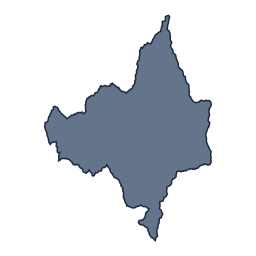 Cutervo, Cajamarca, Peru
{"feature_id": "86281439B9641917532645", "entity_name": "Cutervo", "entity_type": "district", "adm_level": 2, "iso_a3": "PER", "parent_name": "Peru", "parent_adm1": "Cajamarca", "projection": "equal_earth", "projection_center": [-78.851, -6.166], "detail": "fine", "context": "isolated", "style": "filled", "palette": "slate", "viewbox_px": 256, "rotation_deg": 0, "n_neighbors": 0, "source": "geoboundaries", "source_scale": "gbopen_adm2", "svg_char_len": 5799}
<svg xmlns="http://www.w3.org/2000/svg" viewBox="0 0 256 256"><path d="M211.3,104.5L210.8,102.2L209.4,100.5L207.6,101.0L206.9,100.5L206.0,100.3L204.4,101.0L200.9,100.3L200.1,100.8L199.2,102.0L195.7,102.6L194.4,102.3L193.3,101.5L191.1,98.7L190.6,96.9L189.4,96.1L189.2,95.2L189.1,93.2L189.4,91.7L189.0,89.9L189.0,87.3L188.6,84.4L187.0,83.2L186.1,81.7L185.4,78.8L185.4,76.8L185.0,76.3L183.6,76.1L182.9,72.0L182.5,70.7L181.9,70.1L181.1,70.0L180.6,68.7L179.5,68.3L178.4,66.5L178.2,63.3L176.2,58.2L175.6,55.0L174.9,54.3L173.2,53.1L173.0,51.0L172.4,49.3L170.6,46.9L170.6,45.3L171.7,42.7L171.6,42.0L170.6,40.5L170.1,38.8L170.4,36.4L170.1,35.4L169.9,32.9L169.2,31.3L168.3,30.3L167.1,29.7L167.9,24.2L168.4,23.0L168.8,19.3L169.4,18.5L169.6,16.6L169.1,16.3L168.8,15.5L168.5,15.4L166.3,16.1L165.4,16.8L165.4,19.9L164.4,21.6L163.9,21.8L163.0,21.2L162.4,21.3L162.2,21.9L162.3,23.2L162.1,24.2L162.6,25.7L161.5,26.7L161.5,28.2L160.8,30.0L160.7,31.5L159.1,32.1L156.1,34.5L155.6,34.6L152.5,40.2L152.3,41.1L152.3,41.6L151.6,42.0L151.1,43.2L150.6,43.8L149.1,43.8L147.8,42.8L147.4,42.8L146.7,43.9L145.7,44.6L144.8,44.6L144.5,44.8L143.7,46.4L142.4,48.1L141.8,47.3L140.8,47.9L140.9,48.8L139.6,50.7L139.8,54.2L139.6,56.2L139.0,57.6L139.4,59.0L139.4,59.7L138.0,60.8L136.9,64.0L136.9,64.5L137.5,64.9L138.1,65.9L137.8,66.4L137.5,68.7L136.9,69.8L137.0,70.5L136.4,71.2L136.7,72.9L136.2,74.2L135.7,74.4L135.5,74.9L135.4,76.0L135.7,78.4L135.6,79.5L134.8,80.9L134.8,82.7L134.4,84.5L133.3,85.4L132.7,86.3L132.6,87.6L131.6,89.0L131.2,89.3L130.8,89.1L130.4,89.7L129.0,90.3L126.2,93.1L125.1,92.1L124.1,92.1L122.2,91.2L121.4,91.4L120.6,90.3L119.9,89.9L119.4,88.6L118.9,87.9L118.1,87.9L117.9,87.1L116.7,87.1L116.1,86.3L114.2,84.9L113.3,84.0L112.6,84.0L112.2,83.2L111.2,84.1L110.5,84.2L110.5,85.7L109.7,86.3L109.2,85.9L106.6,86.5L105.6,85.7L104.3,85.5L103.8,86.1L102.0,86.6L101.3,85.8L100.8,85.9L100.1,86.6L99.9,88.1L98.7,89.2L98.2,91.0L97.2,92.3L95.2,92.8L94.9,93.2L94.8,94.2L93.1,95.8L92.1,95.5L91.2,95.7L90.5,96.1L90.2,96.6L89.5,96.8L89.2,97.4L88.7,97.3L88.1,98.0L87.1,98.3L87.0,99.4L86.4,100.2L86.0,101.3L85.8,104.0L85.3,104.7L85.8,111.6L83.9,113.6L83.5,113.6L82.1,112.0L80.3,112.8L78.4,112.4L77.5,113.0L76.6,113.1L75.6,114.3L74.3,114.0L73.9,115.0L71.7,115.1L70.2,116.5L69.3,116.7L68.4,117.8L66.9,118.8L65.6,117.0L64.3,116.2L63.5,115.2L61.7,114.0L59.9,111.4L58.5,110.2L58.3,108.9L57.6,107.8L55.4,106.5L54.5,106.4L53.3,107.0L53.4,108.7L53.0,110.0L52.0,110.1L51.6,110.5L51.2,112.2L50.3,113.6L49.5,116.2L48.7,116.9L47.9,121.1L46.8,122.1L45.2,122.5L45.0,122.8L45.1,124.5L44.7,125.9L45.2,129.0L46.8,132.5L47.2,135.8L48.1,137.8L49.1,142.7L50.0,144.2L50.3,144.5L51.5,142.6L53.3,142.4L56.1,141.6L56.4,143.5L56.2,146.3L56.7,147.0L57.4,147.0L57.4,147.3L57.2,150.4L57.4,151.9L57.8,152.6L58.4,152.8L59.7,152.5L58.6,156.1L58.9,157.9L58.6,160.9L60.1,160.0L61.2,158.7L63.2,158.5L64.9,158.7L65.8,158.2L66.6,158.9L69.1,159.4L70.7,161.1L71.6,161.6L72.0,162.2L72.4,163.6L72.7,163.9L73.5,164.0L73.7,164.7L74.6,164.9L74.9,164.6L75.3,165.0L76.4,164.4L77.3,164.9L78.5,164.8L79.4,166.7L80.2,167.8L82.2,168.8L82.5,169.9L83.4,172.0L84.9,172.5L85.9,173.3L86.3,173.2L87.0,172.3L87.7,172.1L89.3,169.9L89.7,170.8L90.5,172.0L92.1,173.8L92.2,175.2L92.8,176.0L94.3,175.5L94.5,174.6L95.3,173.6L95.5,172.6L96.5,172.9L97.8,172.5L98.6,171.3L99.8,170.6L100.5,171.2L100.9,171.2L101.5,170.3L102.3,168.0L103.5,167.5L104.5,167.6L105.3,167.0L106.7,165.3L106.8,164.8L107.0,164.9L107.3,166.2L109.6,168.7L110.2,170.9L110.8,172.3L112.0,173.5L112.4,174.4L113.0,174.7L113.2,175.6L113.8,176.7L115.0,177.7L118.1,179.2L119.4,181.1L119.4,181.5L119.8,182.2L119.9,182.8L120.9,184.6L121.0,185.9L122.3,187.2L122.7,188.1L122.5,188.8L122.8,189.5L122.7,190.9L123.2,191.4L123.3,192.2L123.6,192.7L123.4,194.1L123.7,194.7L123.7,195.2L123.3,196.0L123.6,196.9L123.3,197.7L124.0,198.4L124.1,199.2L124.6,199.9L125.2,202.5L126.0,203.3L126.4,204.4L126.9,204.9L126.8,206.0L127.9,205.9L128.9,206.6L129.9,206.7L131.4,207.6L133.9,208.0L134.6,207.8L135.8,207.0L136.7,206.8L137.6,206.1L138.1,206.3L139.9,205.8L140.7,204.9L143.0,206.5L145.5,206.7L146.6,207.2L147.8,208.4L148.8,208.7L148.8,209.8L148.2,210.7L147.1,211.5L146.8,212.1L146.2,212.3L146.1,212.6L145.6,213.6L145.3,216.4L143.8,218.9L142.7,220.0L140.8,220.1L139.8,220.6L139.1,220.6L138.6,221.9L138.6,222.5L138.4,222.7L140.3,224.7L143.0,225.0L145.2,226.7L146.0,227.0L146.5,227.5L146.9,227.5L147.7,228.9L148.2,231.3L148.9,232.3L149.4,234.6L149.8,235.2L150.3,235.5L150.9,237.0L151.6,237.6L152.8,237.9L153.7,239.0L154.3,239.3L154.6,240.1L155.2,240.6L155.9,237.8L157.4,236.4L157.5,235.9L156.9,232.5L156.9,229.5L157.8,228.0L158.3,224.4L159.0,223.1L159.3,218.8L159.8,218.2L161.1,217.9L161.4,216.7L162.7,214.2L162.6,213.6L161.7,212.2L161.4,210.8L161.0,210.1L159.6,208.8L159.6,207.6L160.0,205.8L159.9,203.8L159.5,202.5L160.0,201.6L160.9,201.8L161.5,201.2L163.2,200.9L163.9,197.9L165.7,196.8L166.8,195.3L167.3,193.9L166.6,192.3L166.6,190.6L167.0,189.0L166.7,187.5L169.0,185.9L170.0,185.6L171.5,183.7L171.6,181.5L172.1,180.0L172.7,179.3L174.1,178.5L175.9,177.0L176.1,176.2L176.0,174.9L176.7,172.9L176.7,171.8L178.0,171.2L179.5,171.1L181.1,171.8L182.0,171.0L183.1,171.3L183.5,170.8L184.2,170.5L185.3,171.0L189.0,169.1L190.5,169.1L191.4,168.5L192.9,169.4L194.3,168.7L195.1,169.3L195.8,168.5L197.9,168.2L199.5,166.2L202.6,164.7L203.5,164.8L204.4,163.9L205.3,164.4L206.8,164.4L207.4,165.0L208.8,165.0L210.0,164.3L210.9,162.8L211.2,161.5L210.8,159.8L211.1,157.7L210.6,154.8L211.1,151.5L209.2,148.7L208.9,147.2L208.2,146.3L206.6,142.3L206.3,139.7L206.6,138.5L205.8,135.7L206.0,132.5L206.7,131.8L206.8,131.1L208.0,127.7L209.0,126.7L209.1,125.3L209.5,124.4L209.7,122.5L208.7,121.8L208.1,120.4L208.5,119.0L208.6,117.5L209.5,115.2L209.5,114.0L209.1,113.1L208.8,111.4L209.4,109.5L209.3,108.5L210.6,106.8L211.3,104.5Z" fill="#64748b" stroke="#1e293b" stroke-width="1.5"/></svg>